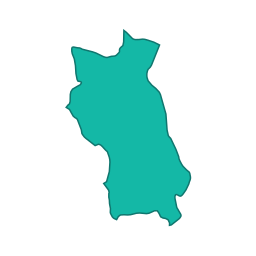 outline of Paktya, rotated 111°
{"feature_id": "AFG-3413", "entity_name": "Paktya", "entity_type": "Province", "adm_level": 1, "iso_a3": "AFG", "parent_name": "Afghanistan", "parent_adm1": "", "projection": "orthographic", "projection_center": [69.398, 33.616], "detail": "fine", "context": "isolated", "style": "filled", "palette": "teal", "viewbox_px": 256, "rotation_deg": 111, "n_neighbors": 0, "source": "natural_earth", "source_scale": "10m", "svg_char_len": 2217}
<svg xmlns="http://www.w3.org/2000/svg" viewBox="0 0 256 256"><g transform="rotate(111 128 128)"><path d="M204.0,54.4L201.7,55.2L199.3,57.7L199.0,60.5L199.5,63.1L199.2,65.7L196.7,68.3L194.8,70.9L195.7,73.5L200.0,77.8L201.3,80.0L203.2,86.7L204.5,89.5L208.0,94.5L209.3,97.2L210.4,100.6L211.9,103.9L214.1,105.3L217.6,105.8L217.5,108.3L217.2,109.5L216.5,110.9L214.1,113.6L213.1,114.3L209.5,115.5L205.3,118.1L201.9,119.6L199.5,121.1L196.1,122.4L194.9,122.5L193.6,123.4L192.8,124.1L188.5,130.8L186.0,128.9L185.8,128.8L185.4,128.8L175.4,129.8L166.4,132.6L164.2,133.6L162.0,135.0L157.5,138.8L156.7,140.9L154.4,145.5L153.6,147.6L153.7,149.7L156.2,152.4L152.8,163.5L152.0,165.6L150.6,167.8L149.7,169.0L146.3,171.0L138.4,178.1L137.6,179.3L137.3,181.2L136.6,183.3L134.1,186.4L132.1,188.7L131.6,189.5L130.9,193.1L128.0,192.2L127.4,191.8L126.4,191.3L124.0,191.5L117.3,193.9L114.6,194.3L111.6,193.7L107.2,190.2L106.0,189.2L105.6,188.8L105.0,188.3L104.4,188.0L103.5,187.8L102.6,187.7L102.1,187.9L101.8,188.4L101.8,189.5L101.9,190.2L102.1,190.8L102.1,191.2L102.1,191.7L100.8,193.0L95.8,196.1L88.6,199.4L82.7,202.9L78.7,206.6L76.6,207.9L74.4,208.8L73.5,209.0L73.0,209.0L72.6,208.9L71.9,207.8L71.2,203.8L70.6,201.8L70.6,200.4L70.8,199.5L70.8,198.6L69.6,188.3L69.5,184.7L70.2,176.4L70.1,174.6L69.9,173.5L69.5,172.5L67.1,169.3L65.6,166.2L65.0,165.6L64.2,164.9L61.0,163.5L60.2,163.3L59.4,163.4L58.3,163.9L57.2,164.1L55.7,163.8L52.9,162.3L49.2,162.9L38.4,166.8L39.3,163.8L42.9,155.9L43.1,154.4L42.8,152.7L41.5,149.5L39.8,146.2L39.2,144.1L38.9,140.9L38.6,134.7L39.2,128.3L60.8,128.6L63.1,129.0L66.1,130.3L67.8,130.3L70.1,130.0L72.1,129.3L73.8,128.5L74.7,127.8L76.7,126.2L79.5,121.1L81.1,116.3L83.4,111.6L85.2,109.7L87.2,108.2L101.4,97.6L115.9,90.8L120.6,87.7L121.4,86.6L122.4,84.4L130.2,76.2L131.0,75.4L136.6,70.4L138.4,69.4L140.0,67.9L142.5,65.1L144.0,63.0L146.1,58.5L147.3,55.0L148.2,54.1L151.4,52.1L152.8,51.6L154.2,51.4L156.6,51.4L158.4,51.2L164.9,51.7L169.8,52.9L171.2,53.4L172.3,54.0L172.8,54.6L173.0,55.5L172.9,56.6L172.7,57.8L172.8,59.0L173.3,59.7L175.0,59.7L176.6,59.1L184.7,54.0L189.7,47.8L190.6,47.2L191.4,47.0L192.2,47.1L193.1,47.3L194.1,47.6L202.9,52.8L204.0,54.4Z" fill="#14b8a6" stroke="#0f766e" stroke-width="1.5"/></g></svg>